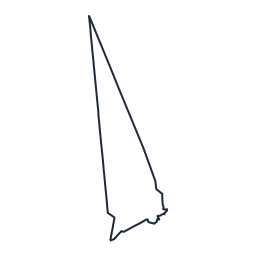 outline of Goundam, Timbuktu, Mali
{"feature_id": "8926073B20620148277365", "entity_name": "Goundam", "entity_type": "district", "adm_level": 2, "iso_a3": "MLI", "parent_name": "Mali", "parent_adm1": "Timbuktu", "projection": "robinson", "projection_center": [-4.645, 19.527], "detail": "fine", "context": "isolated", "style": "outline", "palette": "slate", "viewbox_px": 256, "rotation_deg": 0, "n_neighbors": 0, "source": "geoboundaries", "source_scale": "gbopen_adm2", "svg_char_len": 3865}
<svg xmlns="http://www.w3.org/2000/svg" viewBox="0 0 256 256"><path d="M117.1,235.7L117.3,235.4L117.6,235.3L118.2,234.6L118.3,234.4L118.6,234.2L119.1,233.5L119.4,233.3L120.0,232.7L120.4,232.3L120.6,232.0L121.0,231.6L121.2,231.4L121.5,231.1L121.8,231.3L122.1,231.4L122.4,231.5L122.6,231.6L122.8,231.7L123.0,231.8L123.3,231.7L123.9,231.7L124.0,231.6L124.3,231.6L124.5,231.5L124.6,231.4L124.8,231.3L125.0,231.2L125.4,231.0L125.7,230.8L125.8,230.7L126.0,230.6L126.3,230.5L126.6,230.4L127.0,230.1L127.3,230.0L127.4,229.9L127.5,229.8L127.8,229.7L128.1,229.5L128.2,229.4L128.4,229.3L128.7,229.2L128.8,229.1L129.0,229.0L129.3,228.9L129.6,228.7L129.9,228.5L130.2,228.4L130.5,228.2L130.8,228.0L131.2,227.8L131.4,227.7L131.7,227.5L131.8,227.5L131.9,227.4L132.1,227.3L132.3,227.2L132.5,227.1L132.8,226.9L133.0,226.8L133.1,226.7L133.3,226.6L133.6,226.4L133.8,226.4L134.0,226.2L134.3,226.1L134.6,225.9L134.9,225.8L135.2,225.6L135.4,225.5L135.6,225.4L135.8,225.3L135.9,225.2L136.0,225.2L136.3,225.0L136.5,225.0L136.6,224.9L136.9,224.8L137.0,224.7L137.3,224.6L137.6,224.4L137.9,224.3L138.0,224.2L138.4,224.0L138.5,224.0L138.6,223.9L138.8,223.8L139.1,223.6L139.3,223.5L139.4,223.4L139.6,223.4L139.8,223.3L140.0,223.2L140.5,222.9L140.8,222.8L141.0,222.6L141.4,222.4L141.5,222.4L141.7,222.2L141.9,222.1L142.0,222.0L142.2,221.9L142.3,221.8L142.5,221.8L142.6,221.7L142.9,221.5L143.0,221.4L143.5,221.2L143.8,221.0L144.1,220.8L144.3,220.7L144.7,220.5L144.8,220.5L144.9,220.3L145.0,220.3L145.4,220.1L145.6,220.0L145.9,219.8L146.0,219.8L146.2,219.7L146.3,219.6L146.5,219.5L146.8,219.4L147.1,219.4L147.3,219.5L147.6,219.6L147.8,219.7L147.9,219.9L147.9,220.3L147.9,220.5L147.9,220.9L147.9,221.0L148.0,221.2L148.1,221.7L148.4,221.8L148.6,221.9L148.8,222.0L149.0,222.2L149.2,222.3L149.4,222.4L149.5,222.5L149.8,222.5L150.0,222.6L150.7,222.8L151.3,222.8L151.8,222.9L152.0,223.0L152.3,223.1L152.5,223.3L152.8,223.3L153.1,223.4L153.4,223.4L153.7,223.3L154.0,223.2L154.5,223.5L154.8,223.0L155.6,222.5L156.6,222.0L156.7,221.6L156.9,220.0L157.5,219.2L158.2,219.4L158.8,219.6L159.2,219.5L159.2,219.1L158.7,218.5L158.0,217.9L158.2,217.4L157.7,216.7L157.6,216.1L158.0,215.9L158.4,215.8L159.2,215.9L159.9,215.7L160.8,215.4L161.4,214.8L162.1,214.4L163.2,214.1L163.6,213.7L164.4,214.1L164.7,213.1L164.9,212.6L166.2,211.5L166.7,210.9L167.0,210.6L167.1,210.1L166.9,209.3L166.4,209.3L165.9,209.4L165.4,209.5L164.7,209.5L164.1,209.2L163.5,209.3L163.2,209.0L163.2,208.9L163.2,208.6L163.5,208.0L163.5,207.4L163.5,206.5L163.2,205.8L162.9,205.2L162.7,204.4L162.5,202.0L162.2,193.9L159.1,191.3L156.5,189.4L156.0,187.5L155.7,184.3L155.4,181.2L143.5,148.3L119.0,89.0L111.1,69.4L88.9,15.4L89.4,19.9L90.2,27.1L90.4,28.8L90.5,30.8L90.8,35.1L91.4,40.4L91.9,45.7L92.5,52.3L93.2,58.9L93.5,61.8L94.0,67.5L94.5,72.6L95.0,78.1L95.6,84.1L95.8,86.5L95.8,86.9L95.9,87.2L96.1,88.8L96.6,94.3L97.1,99.6L97.7,105.4L98.4,112.8L98.4,113.3L98.4,113.5L98.4,115.0L98.5,116.2L99.1,121.7L99.3,123.8L99.3,124.1L99.6,127.0L100.1,132.5L100.4,135.4L100.4,135.5L100.6,137.5L100.7,138.7L101.1,142.8L101.3,145.0L101.7,148.1L101.9,151.1L102.3,154.2L102.6,157.3L102.9,160.4L103.0,161.9L103.2,163.7L103.6,168.4L103.8,170.8L104.1,173.4L104.4,176.7L104.7,180.2L105.0,183.1L105.3,186.0L105.6,189.4L106.0,193.1L106.3,196.4L106.5,198.8L106.6,199.2L106.9,203.0L107.1,205.2L107.4,208.8L107.7,211.5L107.8,212.8L110.9,215.0L114.5,217.5L114.4,218.2L114.2,219.3L113.8,221.5L113.6,222.7L112.9,226.3L112.9,226.7L112.5,228.6L112.4,229.1L112.3,230.0L111.8,232.4L111.7,232.8L111.7,233.0L111.6,233.3L111.1,235.9L110.6,238.7L110.3,240.5L110.0,240.6L110.5,240.5L112.0,239.9L114.0,239.2L114.3,238.8L114.5,238.7L114.8,238.3L114.9,238.2L115.1,238.1L115.3,237.9L115.4,237.7L115.6,237.6L115.7,237.4L115.8,237.3L115.9,237.2L116.0,237.1L116.1,236.9L116.3,236.7L116.5,236.5L116.7,236.3L116.8,236.2L117.0,235.9L117.1,235.7Z" fill="none" stroke="#1e293b" stroke-width="2"/></svg>